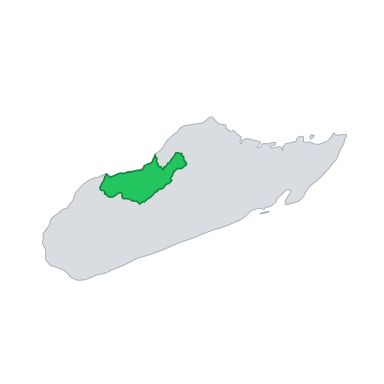 location of Menabe within Madagascar, rotated 53°
{"feature_id": "MDG-5878", "entity_name": "Menabe", "entity_type": "Autonomous Province", "adm_level": 1, "iso_a3": "MDG", "parent_name": "Madagascar", "parent_adm1": "", "projection": "natural_earth1", "projection_center": [45.071, -20.047], "detail": "fine", "context": "in_parent", "style": "filled", "palette": "green", "viewbox_px": 384, "rotation_deg": 53, "n_neighbors": 0, "source": "natural_earth", "source_scale": "10m", "svg_char_len": 8805}
<svg xmlns="http://www.w3.org/2000/svg" viewBox="0 0 384 384"><g transform="rotate(53 192 192)"><path d="M245.2,42.6L246.1,45.1L247.1,47.4L250.5,53.1L251.9,55.2L253.1,57.5L253.6,62.2L255.7,69.3L257.7,80.1L258.2,91.2L258.8,96.2L260.3,101.0L262.8,106.0L263.6,111.5L262.0,117.2L259.7,122.5L259.2,123.5L258.1,124.9L257.6,124.8L255.8,123.5L254.4,121.2L252.5,115.9L251.9,113.2L251.1,112.8L248.9,113.0L247.3,114.7L247.0,115.7L247.4,118.7L247.9,121.4L248.2,124.2L248.2,127.6L248.8,128.7L249.7,129.5L250.5,131.8L250.7,137.2L250.1,139.9L248.5,142.2L248.6,143.5L249.2,144.9L248.6,145.7L246.6,146.7L245.8,147.6L244.6,149.9L242.8,154.8L242.6,157.3L243.6,164.8L243.3,170.2L240.9,180.4L239.6,185.2L237.7,191.0L234.8,198.7L232.0,208.3L229.5,218.2L227.7,224.1L225.7,229.9L222.9,240.3L220.5,250.8L217.0,262.3L212.2,275.2L211.7,276.9L210.7,283.5L209.6,289.2L208.3,294.9L205.6,304.2L205.3,307.1L204.7,309.9L202.1,315.8L201.0,317.9L200.2,320.3L199.8,323.2L199.0,326.0L197.1,331.3L194.3,335.7L192.4,337.4L188.3,339.7L186.3,340.2L181.7,340.3L177.2,341.6L172.6,344.2L168.1,347.2L166.4,348.6L164.5,349.4L158.6,349.6L156.9,349.0L151.0,344.1L148.7,343.3L144.4,342.6L143.1,342.2L141.9,341.5L140.1,339.0L136.6,336.8L135.8,336.1L135.3,334.6L134.9,333.0L134.0,331.2L133.3,327.8L132.2,325.4L129.0,321.2L128.6,319.9L128.3,315.4L128.4,312.3L128.1,306.8L128.5,304.2L129.6,301.8L129.1,299.3L127.9,296.6L127.5,293.8L126.6,291.3L123.2,286.8L122.4,284.5L121.8,282.2L120.5,275.0L120.4,272.5L120.6,267.2L121.0,264.4L121.8,262.5L122.0,261.1L122.6,259.9L123.4,258.9L123.9,257.8L125.1,251.0L126.7,249.5L129.1,248.6L131.0,246.8L132.1,244.4L133.2,239.5L136.1,234.6L137.2,232.0L139.6,228.1L141.7,222.7L142.4,220.1L142.9,217.4L143.4,211.6L143.8,208.8L143.7,205.9L142.5,203.0L139.6,197.6L139.5,196.6L139.7,192.7L139.4,189.8L138.4,187.0L137.0,184.3L135.6,179.3L134.9,171.0L135.1,168.0L134.7,165.3L133.7,162.7L134.4,158.3L143.1,142.2L143.4,140.3L143.0,135.4L143.2,132.6L143.5,131.5L144.2,130.9L145.7,130.6L152.8,129.9L153.7,129.4L155.5,128.1L157.9,125.4L159.0,124.7L160.0,125.0L160.6,126.1L161.4,126.7L164.3,125.5L165.4,125.5L166.5,125.7L167.0,124.6L167.3,123.1L167.7,122.1L168.5,121.5L172.2,121.2L174.6,120.7L177.6,119.7L178.3,119.9L180.7,123.6L181.4,123.9L182.4,124.1L183.2,123.4L181.2,121.5L181.0,120.4L181.1,119.1L182.1,116.5L183.9,114.5L187.9,111.4L192.0,107.9L193.2,107.6L194.2,108.2L195.0,112.4L194.9,113.0L195.6,113.1L196.3,112.6L197.0,110.9L197.1,109.5L196.5,108.2L196.2,107.0L196.2,106.0L198.3,103.5L200.0,101.2L200.7,98.3L201.4,97.0L203.1,95.6L203.6,95.8L204.1,97.0L204.3,98.3L203.8,99.5L203.2,100.7L202.9,102.4L203.9,102.7L204.8,102.3L206.2,99.3L207.7,96.5L208.7,95.0L209.8,94.0L211.7,94.2L213.6,94.9L210.6,91.9L209.8,87.8L213.5,80.7L213.5,79.3L214.0,78.8L214.3,78.3L212.4,75.9L212.1,74.7L212.3,72.9L213.2,71.3L214.0,70.2L215.2,69.8L216.1,70.4L218.1,72.3L219.5,72.6L221.1,70.7L222.5,68.4L224.5,66.8L226.8,65.8L230.3,62.1L232.6,54.4L232.8,52.1L232.3,49.4L231.5,46.8L230.2,43.5L230.5,42.8L232.4,43.2L233.1,42.8L235.2,39.9L238.6,34.4L239.7,34.4L240.7,35.4L241.1,36.9L241.7,38.1L244.0,40.7L245.2,42.6ZM221.2,64.3L221.3,65.2L218.6,64.8L218.2,61.9L219.5,61.8L219.8,60.6L220.6,60.5L221.4,63.1L221.2,64.3ZM252.5,146.9L250.3,151.2L250.9,147.6L253.5,142.5L254.3,142.1L252.5,146.9Z" fill="#d9dde1" stroke="#a8b0b8" stroke-width="1"/><path d="M125.9,249.9L126.5,249.6L126.7,249.1L126.8,249.1L127.9,249.1L128.6,248.9L129.0,249.0L129.3,249.1L129.7,249.2L130.2,249.0L130.8,248.5L131.2,247.9L131.4,247.3L131.5,246.6L132.2,244.4L133.0,239.9L134.2,237.2L134.6,236.7L135.3,236.6L135.6,236.2L136.7,234.0L136.9,233.0L137.1,231.9L137.4,230.9L137.9,230.1L137.9,230.4L138.0,230.8L138.5,229.5L138.8,229.1L139.6,228.4L139.9,228.0L139.8,227.3L140.0,226.4L141.5,223.2L141.9,222.5L143.1,221.2L143.5,220.5L143.9,219.8L144.2,218.9L144.3,218.2L144.3,217.2L144.2,216.4L143.8,216.4L143.6,215.7L143.4,215.5L143.1,215.5L143.0,215.4L142.7,215.1L142.5,214.8L142.3,214.4L142.2,214.0L142.3,213.7L142.6,212.9L142.8,212.6L142.9,212.3L143.0,211.9L143.0,211.1L142.9,210.8L142.9,210.6L142.8,210.4L142.9,210.1L143.3,209.8L143.4,209.6L143.5,209.2L143.6,208.8L143.7,208.6L144.1,208.5L144.4,208.1L144.3,207.2L143.9,205.6L143.6,204.9L143.3,204.2L142.3,203.2L142.2,202.9L142.0,202.1L141.6,201.4L140.2,199.3L140.7,199.4L141.5,199.7L142.2,199.8L142.6,200.0L142.8,200.0L143.4,199.8L143.6,199.7L143.8,199.7L144.0,199.7L144.2,199.8L144.5,199.9L144.6,200.0L144.9,200.4L145.7,201.7L145.8,201.9L146.0,202.0L146.5,202.1L147.3,202.0L147.7,202.2L148.0,202.2L148.3,202.1L148.7,202.3L148.8,202.4L149.2,202.3L149.4,202.3L150.0,202.5L150.4,202.8L150.6,202.9L151.0,203.0L151.5,203.1L152.1,202.9L152.4,202.7L152.6,202.5L152.8,202.1L152.9,201.8L153.2,201.6L153.4,201.5L153.7,201.5L153.9,201.5L154.3,201.7L154.8,201.8L155.0,201.9L155.1,202.0L155.4,201.9L155.7,201.8L156.1,201.7L156.5,201.6L156.9,201.4L156.9,201.1L156.8,200.9L156.6,200.8L155.8,200.1L155.6,199.9L155.4,199.5L155.3,199.3L155.3,199.1L155.3,198.8L155.5,198.4L155.7,198.1L155.8,197.8L155.7,197.5L155.7,197.3L155.6,197.0L155.5,196.8L155.3,195.7L155.2,195.3L155.1,195.0L155.0,194.8L154.9,194.6L154.7,194.5L154.6,194.4L154.5,194.2L154.4,194.0L154.5,193.7L154.6,193.4L154.8,192.9L154.9,192.5L154.9,192.2L154.7,191.4L154.7,191.2L154.5,190.9L154.1,190.5L153.8,189.9L153.8,189.7L153.8,189.4L153.8,189.1L153.7,188.9L153.5,188.6L153.4,188.4L153.3,188.2L153.3,187.7L153.2,187.3L152.7,185.0L152.7,184.8L152.6,184.6L152.1,183.8L152.0,183.6L151.9,183.2L151.1,181.9L151.0,181.7L151.0,181.2L151.4,180.4L151.5,180.3L152.3,179.5L152.8,179.2L153.3,179.0L153.6,178.9L153.8,178.6L154.0,178.3L154.3,178.0L154.5,177.6L154.9,177.3L155.0,177.1L155.3,177.0L155.8,177.4L156.4,177.7L156.6,177.9L156.8,178.1L157.1,178.3L157.4,178.2L157.8,177.9L158.5,177.5L158.8,177.5L159.1,177.6L159.6,177.8L159.8,178.0L160.1,178.2L160.4,178.5L160.6,178.6L162.3,179.5L162.6,179.5L162.9,179.4L163.3,179.1L163.4,178.9L163.5,178.8L163.7,178.7L163.9,178.7L164.3,178.9L164.4,179.1L164.5,179.3L164.6,179.5L164.8,179.8L165.0,179.9L165.6,179.3L166.0,179.2L166.3,179.4L166.5,179.6L167.0,180.6L167.1,180.8L167.1,181.0L166.8,181.4L166.8,181.5L166.8,182.4L167.0,185.2L166.9,186.4L166.9,186.6L166.4,187.0L166.2,187.2L166.0,187.6L165.9,187.6L165.7,187.8L165.5,188.0L165.3,188.4L165.0,188.8L164.6,189.2L164.5,189.3L164.5,189.5L164.6,190.1L164.7,191.3L164.8,191.9L165.0,192.6L165.0,192.8L164.9,192.9L164.7,193.4L164.6,193.6L164.5,194.0L164.6,194.3L165.0,194.5L165.3,194.7L165.4,195.0L165.8,196.0L165.9,196.3L166.3,196.6L166.5,196.9L166.6,197.3L166.7,197.5L166.8,197.6L167.2,197.8L167.3,197.9L167.4,198.0L167.5,198.2L167.5,198.3L167.4,198.6L167.3,198.8L167.3,199.1L167.4,199.4L167.6,199.6L167.8,200.0L168.0,200.4L168.2,200.7L168.6,201.1L168.8,201.3L168.9,201.5L169.1,201.6L169.3,201.6L169.9,201.3L170.2,201.2L170.3,201.1L170.6,201.3L170.6,201.5L170.7,201.9L170.9,202.3L170.9,202.7L171.1,203.4L171.2,203.8L171.2,204.5L171.1,205.1L171.1,205.8L171.1,206.0L170.7,206.2L170.6,206.3L170.6,206.5L170.6,207.7L170.6,207.9L170.4,208.3L170.4,208.6L170.4,208.8L170.5,209.0L170.7,209.4L170.9,210.2L171.3,211.4L171.3,211.6L171.4,212.0L171.5,212.7L171.6,212.9L171.5,213.8L171.4,214.1L171.3,214.3L170.9,214.7L170.8,215.0L170.7,215.1L170.7,215.5L170.6,215.9L170.1,216.5L170.0,217.3L169.9,217.5L169.8,217.9L169.7,218.0L169.8,218.2L169.9,218.4L170.0,218.6L170.3,218.8L170.5,219.0L170.7,219.3L170.6,219.7L170.6,219.8L170.6,220.2L170.6,220.3L170.2,220.7L170.2,220.8L170.1,221.1L170.1,221.5L170.1,221.9L170.1,222.1L170.2,222.3L170.3,222.5L170.3,223.1L170.3,223.3L170.4,223.6L170.6,224.0L170.8,225.2L170.9,225.6L170.9,225.8L171.2,227.4L171.2,227.7L171.2,227.9L171.1,228.2L171.1,228.5L171.1,228.8L171.2,229.7L171.2,230.1L171.2,230.4L170.9,230.8L170.9,231.4L170.8,231.6L170.7,232.0L171.2,234.7L171.3,235.8L171.3,236.1L171.2,236.2L171.0,236.3L170.7,236.3L170.5,236.5L170.4,236.6L170.4,237.2L170.3,237.3L170.2,237.6L170.2,237.8L170.0,238.4L170.0,239.1L170.0,239.4L170.1,239.6L170.2,240.2L170.2,240.5L170.2,241.0L167.9,241.4L165.9,242.0L163.4,244.9L159.2,246.7L157.2,249.3L155.8,251.1L153.5,250.8L152.3,249.3L149.6,249.0L148.6,251.7L148.6,257.5L146.8,260.7L146.3,260.9L145.9,261.3L145.2,261.5L144.2,262.0L142.7,262.1L142.0,262.3L141.5,262.7L141.3,262.1L141.2,261.9L140.9,261.8L140.7,262.1L140.3,262.6L140.1,262.6L139.8,261.9L139.2,261.5L138.4,261.5L137.7,261.8L137.1,262.2L136.8,262.6L136.3,263.3L136.0,263.5L135.3,263.7L134.9,263.7L134.4,263.6L134.0,263.3L133.9,263.2L133.6,263.1L133.4,263.0L133.1,263.0L132.9,262.8L132.8,262.6L132.7,262.0L132.6,261.8L132.1,261.2L131.8,260.6L131.7,260.2L131.6,259.9L131.5,259.6L130.8,259.0L130.7,258.4L130.6,257.9L130.5,257.5L130.1,256.8L130.1,256.5L130.0,256.0L130.0,255.8L129.9,255.6L129.3,255.1L128.9,254.6L128.7,254.1L128.6,253.8L128.4,253.5L127.6,253.0L127.4,252.6L127.2,251.4L127.1,251.1L126.9,250.9L126.2,250.4L125.9,250.0L125.9,249.9Z" fill="#22c55e" stroke="#15803d" stroke-width="1.5"/></g></svg>